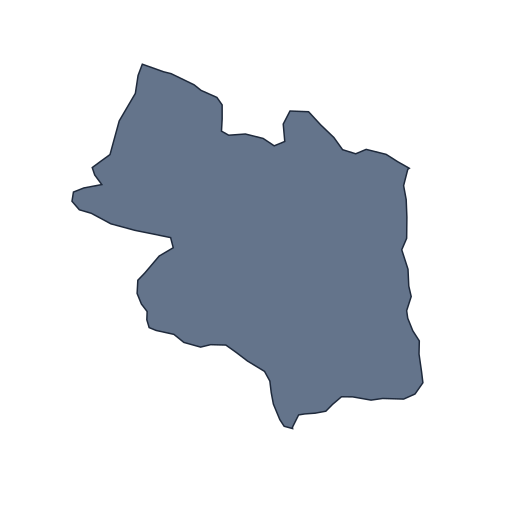 Årjäng, Värmland, Sweden (Natural Earth projection), rotated 194°
{"feature_id": "70781695B60576309350500", "entity_name": "Årjäng", "entity_type": "district", "adm_level": 2, "iso_a3": "SWE", "parent_name": "Sweden", "parent_adm1": "Värmland", "projection": "natural_earth1", "projection_center": [12.122, 59.449], "detail": "fine", "context": "isolated", "style": "filled", "palette": "slate", "viewbox_px": 512, "rotation_deg": 194, "n_neighbors": 0, "source": "geoboundaries", "source_scale": "gbopen_adm2", "svg_char_len": 1321}
<svg xmlns="http://www.w3.org/2000/svg" viewBox="0 0 512 512"><g transform="rotate(194 256 256)"><path d="M412.7,414.6L414.1,402.7L412.4,384.6L421.4,354.0L422.2,319.1L429.6,310.3L436.3,302.2L432.1,295.6L422.9,288.0L439.5,280.4L444.1,277.1L448.6,273.9L447.8,264.6L438.6,258.1L426.2,257.6L404.6,252.1L379.8,251.6L343.3,253.2L338.3,244.0L349.9,232.6L359.8,212.6L364.8,203.9L362.3,190.9L355.6,181.7L348.2,175.8L346.5,167.7L343.3,162.3L342.4,160.7L334.9,159.6L316.7,160.1L305.1,154.7L287.7,154.2L278.6,159.0L263.7,162.3L251.3,157.4L238.8,152.0L219.8,146.1L212.3,138.0L208.2,127.2L203.3,116.5L193.3,103.0L187.5,97.6L178.7,97.4L179.2,98.7L176.2,112.1L170.4,114.6L160.6,117.8L150.7,122.3L145.8,130.6L139.0,140.1L128.2,142.7L109.5,144.0L98.7,148.4L78.1,152.9L68.3,160.6L63.4,173.4L67.3,183.6L74.1,200.3L77.0,213.1L85.8,221.4L93.7,232.3L96.6,239.4L95.6,254.2L100.5,263.8L105.3,279.9L116.1,297.3L114.1,309.6L119.0,330.2L123.9,347.0L129.8,360.0L129.7,376.8L128.5,378.2L140.7,381.6L141.1,381.7L154.3,386.1L174.9,386.1L184.0,379.3L197.7,380.1L209.1,389.8L225.0,398.9L239.9,408.7L258.1,404.9L261.5,390.6L255.8,374.1L265.0,367.3L277.5,371.8L295.8,371.8L311.7,366.6L319.7,368.8L322.0,380.8L325.4,394.4L332.3,400.4L349.4,403.4L357.4,407.1L382.5,412.4L390.5,412.4L412.7,414.6Z" fill="#64748b" stroke="#1e293b" stroke-width="1.5"/></g></svg>